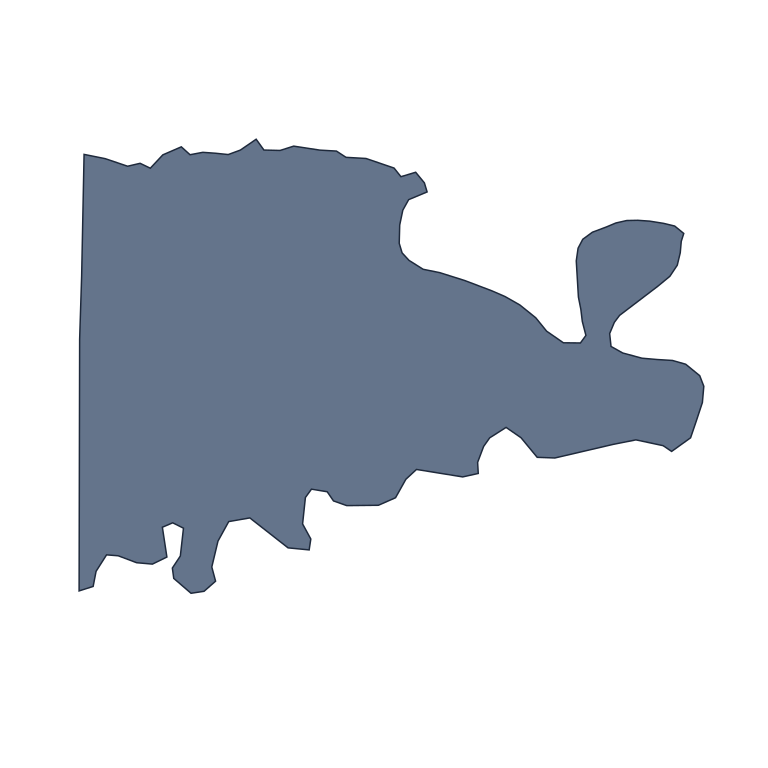 Cotiporã, Rio Grande do Sul, Brazil (Equal Earth projection), rotated 275°
{"feature_id": "56859067B19621956734569", "entity_name": "Cotiporã", "entity_type": "district", "adm_level": 2, "iso_a3": "BRA", "parent_name": "Brazil", "parent_adm1": "Rio Grande do Sul", "projection": "equal_earth", "projection_center": [-51.685, -29.013], "detail": "fine", "context": "isolated", "style": "filled", "palette": "slate", "viewbox_px": 768, "rotation_deg": 275, "n_neighbors": 0, "source": "geoboundaries", "source_scale": "gbopen_adm2", "svg_char_len": 1678}
<svg xmlns="http://www.w3.org/2000/svg" viewBox="0 0 768 768"><g transform="rotate(275 384 384)"><path d="M579.1,410.2L587.9,406.7L597.7,397.1L592.0,382.8L600.0,375.2L607.1,346.4L606.5,326.4L611.9,316.3L611.4,299.7L613.1,273.3L607.6,260.1L606.6,244.0L616.7,235.3L604.5,220.5L599.0,208.8L599.2,196.1L599.0,183.3L595.5,170.8L602.6,161.4L593.0,143.7L578.6,132.4L582.6,121.8L578.6,109.6L584.2,86.6L586.6,65.2L465.0,73.4L402.0,76.9L151.3,98.3L157.0,111.9L172.3,113.5L189.6,122.5L189.7,134.2L184.4,153.1L184.4,169.0L192.7,182.8L222.0,175.7L227.3,185.6L222.9,196.8L194.9,196.1L182.2,189.2L172.0,191.5L158.7,210.0L161.8,222.8L172.9,233.4L186.7,228.4L213.0,232.3L233.4,241.3L238.9,262.0L212.4,302.7L212.2,323.9L223.2,324.6L237.5,315.1L264.1,315.6L272.9,320.9L271.7,336.8L263.1,343.9L259.6,357.5L262.7,389.0L271.7,405.4L291.0,414.1L301.7,423.8L298.3,470.5L303.1,485.7L314.1,484.1L330.5,488.7L339.6,494.0L351.4,509.4L342.4,525.2L324.3,543.0L325.2,560.7L343.8,617.5L350.3,639.8L346.9,667.4L341.9,676.4L357.1,694.1L373.8,698.2L393.3,702.8L409.6,702.8L419.8,697.8L430.0,682.8L432.6,669.3L432.2,654.1L432.2,638.7L435.7,619.1L441.2,606.9L453.9,604.4L465.5,608.1L472.9,612.7L505.1,648.1L516.2,659.4L527.9,665.8L540.6,667.7L552.0,667.7L560.1,669.5L566.7,659.8L568.4,648.6L569.4,634.5L569.2,622.6L568.0,611.5L564.6,600.9L559.9,592.0L553.4,578.4L545.5,569.4L536.2,565.5L523.4,564.8L487.5,570.1L475.5,573.6L463.6,576.1L450.0,580.9L442.0,576.1L440.7,559.1L450.8,541.4L463.2,529.4L474.6,512.4L481.7,496.9L486.2,483.4L494.1,455.5L499.8,429.8L501.7,413.0L509.3,398.2L516.2,390.6L525.5,386.9L543.8,385.8L558.8,387.6L569.8,392.5L579.1,410.2Z" fill="#64748b" stroke="#1e293b" stroke-width="1.5"/></g></svg>